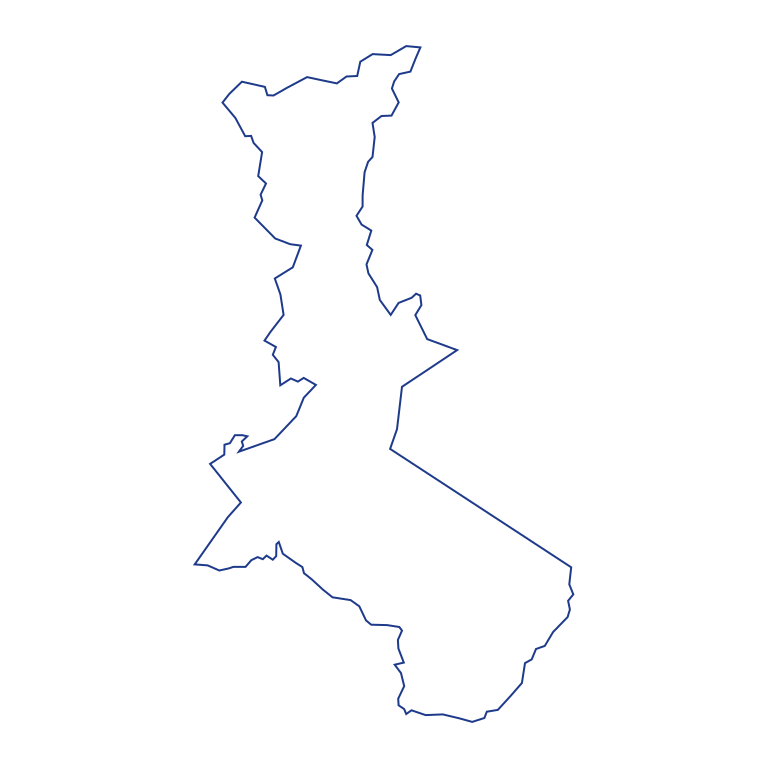 the district of Karauzyak, Karakalpakstan, Uzbekistan
{"feature_id": "79887680B51354655878923", "entity_name": "Karauzyak", "entity_type": "district", "adm_level": 2, "iso_a3": "UZB", "parent_name": "Uzbekistan", "parent_adm1": "Karakalpakstan", "projection": "equal_earth", "projection_center": [60.083, 42.694], "detail": "fine", "context": "isolated", "style": "outline", "palette": "blue", "viewbox_px": 768, "rotation_deg": 0, "n_neighbors": 0, "source": "geoboundaries", "source_scale": "gbopen_adm2", "svg_char_len": 1977}
<svg xmlns="http://www.w3.org/2000/svg" viewBox="0 0 768 768"><path d="M420.4,47.4L406.2,46.1L390.7,55.1L372.6,54.1L360.3,61.7L357.2,76.0L346.5,76.5L336.9,83.4L322.0,80.3L307.1,77.1L287.0,87.8L273.5,95.5L267.4,95.2L264.9,86.9L241.9,81.7L229.3,93.9L222.5,102.6L235.4,118.0L245.2,136.2L251.1,135.9L253.6,142.9L262.1,152.1L258.2,176.1L266.0,183.5L260.6,194.7L262.3,200.4L254.6,217.6L275.2,238.5L290.2,244.2L300.9,245.6L292.8,267.3L274.8,278.5L280.4,294.4L283.6,314.9L270.6,331.7L264.5,340.6L275.9,347.0L272.8,354.8L278.6,362.1L280.3,385.3L290.9,378.5L297.9,381.6L303.7,377.9L315.9,384.9L303.8,397.7L296.3,416.1L274.5,439.1L238.9,451.7L243.2,445.9L241.8,441.5L247.3,436.3L242.4,435.2L234.9,435.2L229.9,443.2L224.5,444.7L224.3,454.6L210.1,463.9L240.9,502.5L227.9,517.1L194.7,564.4L207.7,565.4L219.3,570.5L228.8,568.4L233.3,566.9L245.5,566.9L251.3,560.2L257.6,557.1L262.8,559.2L266.5,555.6L272.8,559.7L276.2,556.1L276.4,544.2L278.8,542.0L282.8,553.7L295.4,562.6L302.4,567.1L304.0,573.2L311.8,579.4L322.9,589.6L332.5,597.3L350.6,600.1L359.3,606.3L366.0,620.4L371.2,624.7L387.1,625.1L399.3,627.0L402.0,630.6L397.9,639.9L398.4,648.5L403.8,662.6L394.7,664.7L401.0,673.1L404.2,686.1L398.2,698.7L398.6,705.3L404.2,709.1L406.2,714.0L411.5,710.3L425.6,715.1L442.8,714.4L459.6,718.4L472.2,721.9L484.4,718.0L486.8,711.7L497.8,709.9L510.2,696.4L521.9,683.0L525.0,663.1L531.7,659.4L536.0,649.0L544.8,645.9L553.1,632.0L567.6,617.1L569.9,609.5L568.1,600.8L573.3,594.4L569.3,584.4L569.8,579.6L571.2,567.3L390.1,448.9L397.0,429.2L402.0,386.8L457.1,350.1L427.2,339.1L415.3,315.1L421.4,305.1L420.2,295.5L416.1,293.7L411.6,297.8L398.6,302.9L390.7,314.9L379.8,299.9L377.1,287.1L368.4,273.3L366.5,264.4L372.4,249.9L366.8,245.0L371.3,230.6L361.6,224.6L356.5,215.8L362.6,206.5L362.6,195.5L364.6,172.2L368.1,161.8L372.5,157.0L374.7,137.0L372.5,122.9L381.5,116.0L391.5,115.6L398.7,102.4L391.9,88.5L394.2,81.4L399.1,74.1L410.4,71.6L415.6,58.5L420.4,47.4Z" fill="none" stroke="#1e3a8a" stroke-width="2"/></svg>